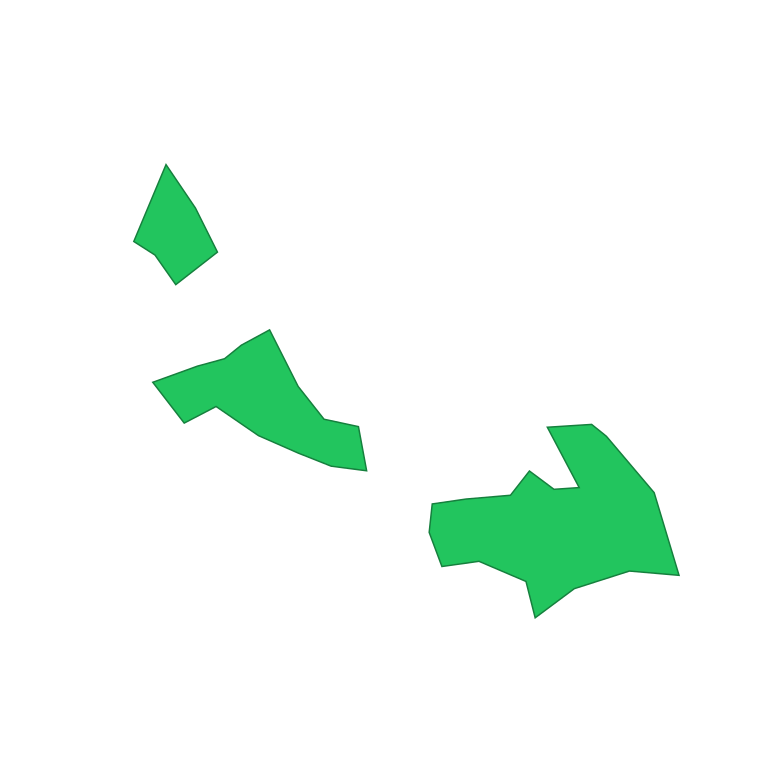 the border of Schaan, rotated 160°
{"feature_id": "LIE-4896", "entity_name": "Schaan", "entity_type": "state/province", "adm_level": 1, "iso_a3": "LIE", "parent_name": "Liechtenstein", "parent_adm1": "", "projection": "robinson", "projection_center": [9.557, 47.13], "detail": "fine", "context": "isolated", "style": "filled", "palette": "green", "viewbox_px": 768, "rotation_deg": 160, "n_neighbors": 0, "source": "natural_earth", "source_scale": "10m", "svg_char_len": 665}
<svg xmlns="http://www.w3.org/2000/svg" viewBox="0 0 768 768"><g transform="rotate(160 384 384)"><path d="M392.0,192.7L392.3,229.1L379.7,254.8L346.1,247.8L303.2,236.2L277.1,252.5L260.3,226.9L236.0,219.9L245.3,287.5L202.7,275.0L192.9,258.8L167.3,189.5L172.2,103.3L217.4,124.3L275.2,126.6L321.9,112.6L318.1,149.9L355.4,184.9L392.0,192.7ZM585.1,415.6L600.7,464.7L553.2,464.6L525.2,462.3L504.7,469.3L473.0,474.0L465.5,411.0L452.4,371.4L422.6,352.7L430.0,308.4L461.7,324.8L487.9,348.1L519.6,378.4L549.5,420.3L585.1,415.6ZM570.4,603.5L513.8,664.7L501.0,613.8L495.4,564.9L545.7,548.6L555.1,583.5L570.4,603.5Z" fill="#22c55e" stroke="#15803d" stroke-width="1.5"/></g></svg>